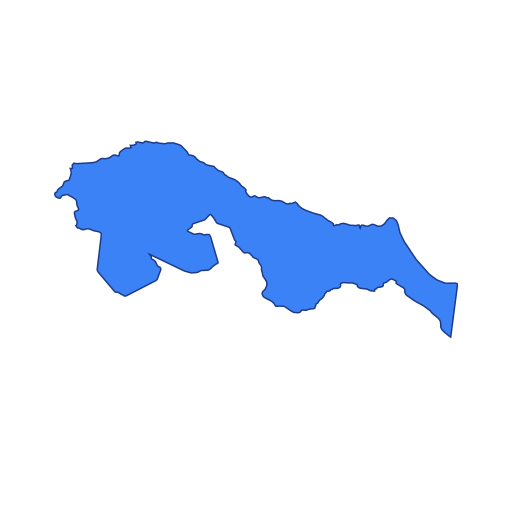 SVG path tracing the border of Luapula, rotated 109°
{"feature_id": "ZMB-514", "entity_name": "Luapula", "entity_type": "Province", "adm_level": 1, "iso_a3": "ZMB", "parent_name": "Zambia", "parent_adm1": "", "projection": "equal_earth", "projection_center": [29.278, -10.414], "detail": "fine", "context": "isolated", "style": "filled", "palette": "blue", "viewbox_px": 512, "rotation_deg": 109, "n_neighbors": 0, "source": "natural_earth", "source_scale": "10m", "svg_char_len": 6148}
<svg xmlns="http://www.w3.org/2000/svg" viewBox="0 0 512 512"><g transform="rotate(109 256 256)"><path d="M193.4,166.6L192.4,166.1L192.0,164.7L191.9,161.6L191.6,160.5L191.0,159.4L189.2,157.6L188.2,156.4L187.9,154.8L188.1,151.4L188.0,149.5L186.4,146.9L183.7,145.0L179.9,143.9L176.6,142.3L175.4,138.5L176.9,134.7L180.2,131.8L187.2,127.4L194.3,120.3L207.1,103.5L216.9,86.1L219.7,77.3L220.1,68.1L216.8,58.9L216.6,56.9L218.6,55.9L269.3,45.5L268.7,47.7L266.4,53.7L265.3,55.9L264.2,57.2L263.2,58.1L260.9,58.9L257.9,60.3L257.3,60.8L256.2,62.2L255.3,63.9L253.1,69.9L252.3,71.7L251.4,72.7L251.0,73.6L248.5,81.5L246.8,91.5L244.3,100.1L243.9,101.1L242.6,102.9L241.9,103.4L239.6,104.3L238.6,105.1L238.2,105.9L236.4,114.2L236.2,114.6L235.8,114.8L234.5,114.9L234.2,115.2L233.7,117.6L233.5,119.8L233.9,120.9L234.3,121.4L235.4,122.3L237.5,123.6L238.2,124.1L239.9,126.1L240.6,126.5L241.4,126.6L242.4,126.1L242.9,126.1L243.8,126.7L244.1,127.0L245.1,128.6L245.6,130.0L246.1,130.7L246.5,131.0L247.7,131.4L248.0,131.7L248.8,132.8L249.1,133.0L250.5,132.4L250.7,132.7L250.9,133.4L251.0,134.6L251.5,136.1L251.6,136.8L251.2,140.0L251.3,141.0L252.6,147.2L252.3,148.8L251.9,149.9L251.6,150.2L250.8,150.5L250.4,150.8L250.3,151.3L250.0,154.4L250.0,155.1L250.3,157.0L251.0,158.6L252.6,164.5L253.4,165.9L254.6,167.0L255.0,167.0L256.6,166.3L257.9,166.4L258.7,166.8L260.1,168.5L261.3,171.8L261.8,172.5L262.7,173.1L263.5,174.4L264.7,174.7L265.1,175.0L265.9,176.8L266.3,177.3L266.8,177.6L267.7,177.8L269.1,178.7L269.5,178.8L270.8,178.5L274.1,179.5L274.9,179.9L276.2,181.0L278.6,182.0L280.5,182.4L281.3,183.3L281.7,183.5L283.0,183.4L284.8,183.6L285.7,183.4L286.4,183.6L287.0,184.2L288.0,186.5L288.9,188.2L289.9,189.7L290.8,190.5L291.4,192.0L291.7,193.7L292.0,194.5L292.3,195.0L294.7,196.1L295.1,196.3L295.6,197.0L296.0,197.9L296.9,201.5L297.0,202.4L296.6,204.8L294.7,211.5L294.5,212.8L294.8,214.6L296.1,218.5L296.9,220.2L297.0,220.7L297.0,221.1L294.9,223.7L294.1,225.5L293.7,226.6L292.5,234.3L292.2,235.3L291.8,236.1L290.5,237.4L289.5,238.0L288.6,238.1L287.1,237.9L285.5,237.0L284.2,236.5L280.7,236.2L278.6,236.7L277.1,237.5L276.5,238.1L275.3,239.4L272.9,242.6L272.3,243.2L270.1,244.4L267.4,246.3L265.0,247.0L264.0,247.6L263.3,248.3L261.9,250.5L258.9,253.0L258.7,253.4L258.6,254.2L258.3,257.5L258.1,258.4L257.8,259.0L257.2,259.6L255.5,263.2L255.5,264.7L255.9,265.9L256.8,267.6L256.9,268.0L256.5,269.3L253.4,274.8L252.9,276.3L252.5,278.7L252.2,279.3L251.7,279.6L249.6,279.4L249.2,279.5L248.7,279.8L248.2,280.9L247.4,281.8L238.1,289.6L237.7,290.2L237.6,290.9L237.7,303.0L237.5,303.7L237.3,304.2L233.9,308.3L232.4,310.6L231.6,312.4L231.7,312.9L232.3,313.4L238.2,316.1L238.9,316.7L245.8,325.8L246.1,326.1L246.9,326.4L249.1,326.1L249.5,326.2L253.5,328.9L254.4,329.1L254.7,328.8L255.0,327.7L255.2,325.0L255.6,322.5L255.5,321.2L253.4,317.4L253.1,316.7L252.9,315.6L252.8,314.5L253.0,312.6L252.9,311.8L251.4,308.9L251.0,307.3L251.9,306.0L253.1,304.8L274.2,289.9L274.9,289.7L275.3,289.8L276.9,291.3L279.4,293.1L283.1,295.0L284.5,296.1L284.9,296.5L285.3,297.3L287.4,302.7L287.9,303.5L289.8,305.2L290.8,306.4L293.0,311.6L293.2,313.3L293.5,318.8L289.0,357.5L289.5,356.9L290.2,355.1L292.5,354.0L292.9,353.4L293.0,352.3L293.2,351.1L293.7,350.0L294.2,349.1L296.8,346.7L297.7,345.3L298.0,343.0L298.6,342.2L299.2,341.8L300.2,341.6L309.7,341.8L311.0,342.1L312.2,343.0L336.0,365.8L336.5,366.7L336.6,367.2L336.6,367.9L336.5,368.5L336.2,369.3L336.0,371.5L335.4,373.7L335.3,375.0L335.4,375.6L335.9,376.9L335.9,377.6L322.7,399.8L321.6,401.1L320.4,401.8L288.0,408.8L287.6,409.0L285.5,409.3L284.7,410.5L284.3,412.0L284.4,413.9L284.9,417.2L284.7,421.8L284.9,423.6L285.5,425.1L287.1,427.2L287.6,428.5L287.6,429.7L287.2,432.5L287.6,433.4L287.3,434.1L286.8,435.2L286.3,435.8L286.3,435.6L283.0,435.9L281.3,436.7L278.8,439.2L274.8,441.6L273.5,441.9L272.6,441.4L271.3,439.6L270.3,439.1L269.3,439.1L268.6,439.5L267.4,440.8L265.9,442.0L262.6,443.5L261.4,444.7L260.9,446.0L260.0,450.0L259.7,452.4L259.4,453.3L259.3,454.2L259.6,455.0L261.9,458.9L263.1,459.5L264.3,459.6L265.2,460.1L265.5,461.9L265.3,463.9L264.5,465.4L263.4,466.3L261.9,466.5L261.3,466.3L260.7,465.4L260.3,465.1L258.2,465.1L256.2,464.1L253.0,461.8L252.4,461.6L249.4,461.5L248.5,461.4L247.8,461.0L246.8,459.9L245.4,457.9L244.7,457.4L238.4,457.5L236.6,458.2L235.0,459.1L233.7,460.2L232.9,458.2L231.6,458.4L230.3,459.3L229.2,459.2L228.5,458.7L227.9,458.7L227.5,458.4L227.2,456.0L221.0,440.9L219.0,437.7L214.5,434.3L213.8,433.1L213.4,431.2L212.6,429.2L211.5,427.5L210.6,426.4L207.9,424.5L206.8,423.4L206.4,421.8L206.2,418.9L205.5,418.1L202.8,418.7L201.2,418.1L197.4,415.4L196.4,414.4L195.1,410.5L194.0,409.5L192.3,410.9L192.0,409.9L191.1,407.9L190.1,406.6L189.4,406.0L188.6,405.9L187.6,406.6L186.7,405.1L186.1,400.1L185.2,399.0L183.9,398.5L183.3,397.2L182.6,390.1L182.3,389.0L181.2,387.6L180.7,386.7L181.0,386.3L181.0,385.2L179.7,379.1L179.3,378.2L178.1,376.7L177.6,375.6L176.6,372.6L176.2,371.7L175.9,370.2L175.8,364.7L176.0,362.8L179.9,355.2L180.2,354.7L182.3,352.7L181.7,348.8L182.0,346.6L182.7,345.1L183.5,344.0L184.9,340.0L184.8,336.6L184.9,335.5L185.7,333.6L185.9,332.6L185.9,331.3L185.1,325.8L185.1,324.8L186.2,322.8L187.2,320.3L187.5,319.2L187.5,318.2L187.4,316.0L187.5,314.9L187.9,314.0L189.3,312.2L189.7,310.0L190.5,307.9L190.6,306.8L190.6,302.2L191.0,299.8L191.7,297.4L192.7,295.2L194.0,293.4L194.6,292.4L195.1,290.1L196.3,287.6L196.6,287.1L197.1,286.8L198.0,286.9L198.5,286.7L199.5,285.6L200.7,284.0L201.7,282.1L202.1,280.0L201.7,279.4L199.9,277.5L199.5,276.5L200.1,273.1L200.0,271.9L198.2,269.1L197.2,267.3L197.1,265.8L197.5,264.9L196.8,263.3L197.6,261.4L197.9,260.2L198.0,258.9L197.9,257.7L197.4,255.7L196.7,254.0L196.1,252.2L195.8,249.6L196.1,247.4L196.5,245.8L196.7,244.2L196.3,242.2L195.3,241.4L195.1,240.9L194.8,239.3L192.2,236.3L192.9,234.4L194.8,231.5L196.0,228.3L196.6,224.3L196.8,216.0L196.3,208.6L196.6,206.4L198.9,199.7L199.7,195.2L200.4,193.4L201.8,192.7L202.0,192.2L200.0,189.5L199.8,187.9L199.3,187.3L198.6,187.0L197.9,186.3L196.8,184.3L196.4,182.2L196.3,177.4L196.1,176.3L195.4,174.2L194.9,171.8L193.5,169.6L193.2,168.6L193.5,168.1L195.3,167.3L195.8,166.5L193.4,166.6Z" fill="#3b82f6" stroke="#1e3a8a" stroke-width="1.5"/></g></svg>